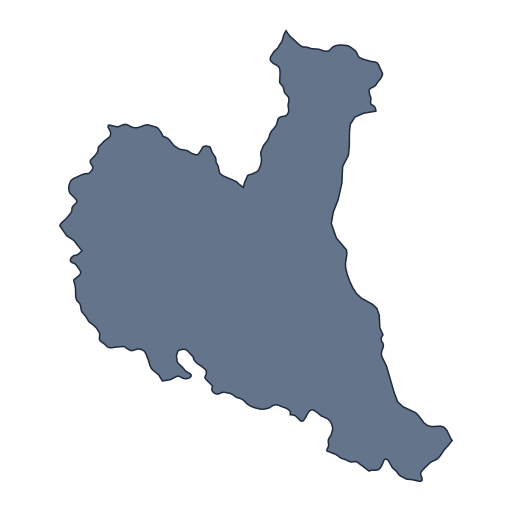 an SVG outline of Zajecarski
{"feature_id": "SRB-844", "entity_name": "Zajecarski", "entity_type": "District", "adm_level": 1, "iso_a3": "SRB", "parent_name": "Republic of Serbia", "parent_adm1": "", "projection": "albers", "projection_center": [22.117, 43.747], "detail": "fine", "context": "isolated", "style": "filled", "palette": "slate", "viewbox_px": 512, "rotation_deg": 0, "n_neighbors": 0, "source": "natural_earth", "source_scale": "10m", "svg_char_len": 5956}
<svg xmlns="http://www.w3.org/2000/svg" viewBox="0 0 512 512"><path d="M375.8,111.2L363.7,113.2L355.0,117.0L350.3,124.3L349.5,130.9L349.3,146.4L348.5,154.8L347.5,157.2L343.7,164.3L342.6,167.0L341.9,183.0L338.2,199.5L333.3,211.9L331.3,223.5L336.4,238.0L346.5,250.0L346.9,254.2L345.5,263.1L345.6,267.5L347.3,274.5L349.8,281.5L352.9,288.0L356.5,293.6L361.3,298.1L372.7,304.4L376.8,308.3L379.3,315.3L379.8,327.6L383.0,334.8L381.5,337.2L381.1,339.2L381.5,341.2L382.8,343.0L383.3,344.3L383.4,345.6L383.3,347.0L381.7,351.0L381.4,353.7L381.7,356.3L386.5,366.1L393.8,391.5L397.6,401.7L402.9,406.7L415.8,412.8L418.5,415.6L424.0,422.9L427.8,425.7L431.9,426.6L440.3,426.1L443.9,427.1L446.8,430.3L451.2,439.4L452.2,440.4L449.4,444.1L444.3,449.8L441.0,454.7L438.1,458.4L436.3,459.6L431.7,461.7L430.1,462.6L422.1,470.6L421.3,471.8L420.7,473.0L420.8,474.8L422.0,478.0L422.1,479.0L422.0,480.4L421.3,481.0L419.9,481.3L418.8,481.2L411.9,479.6L406.7,479.2L400.2,475.9L398.7,474.5L396.5,471.4L392.5,467.9L388.8,461.3L387.7,459.9L386.6,459.2L385.6,459.2L384.4,459.7L383.9,460.4L382.0,465.1L380.5,467.6L379.5,468.8L378.5,469.6L377.7,469.9L375.5,470.2L371.8,470.1L370.6,470.4L369.2,471.1L357.2,462.1L355.6,461.6L351.1,462.0L349.4,461.6L345.5,459.6L342.2,458.6L340.4,457.8L336.0,454.5L327.2,451.1L326.9,450.8L326.9,449.8L328.6,445.9L328.6,444.6L328.2,441.4L328.5,439.1L331.2,434.7L332.4,430.6L332.7,428.7L332.4,426.8L331.5,423.8L330.2,421.3L328.1,419.2L327.1,418.4L321.3,416.0L317.2,412.5L314.0,410.4L312.8,409.9L311.8,409.9L310.3,410.4L309.6,410.9L307.5,413.7L306.1,416.6L303.7,420.2L302.9,421.0L301.4,421.2L300.4,420.7L296.1,416.4L295.0,415.6L292.2,414.8L290.3,414.8L290.3,412.0L289.8,411.0L288.5,409.6L286.0,408.1L281.6,406.6L278.5,405.1L276.1,404.8L274.1,405.1L273.3,405.3L269.0,408.0L264.2,409.2L260.7,409.2L255.5,408.0L250.8,406.3L247.3,404.1L243.9,400.6L242.4,399.5L240.9,398.7L236.5,397.4L232.9,394.8L230.5,393.5L224.2,392.2L221.9,392.5L218.1,394.1L216.3,394.0L214.6,393.4L212.7,391.7L212.0,390.5L211.7,388.9L212.5,386.5L212.3,385.7L205.8,379.2L204.9,377.7L205.0,376.7L206.3,374.1L206.3,371.6L205.9,370.2L205.2,369.3L201.4,366.2L197.6,363.8L195.8,362.1L193.9,359.7L193.4,358.4L193.4,357.7L193.5,357.3L187.5,350.8L186.1,349.8L184.8,349.4L183.5,349.3L180.4,349.8L178.9,350.3L178.0,351.0L177.7,351.6L176.5,355.6L176.4,356.6L176.9,358.8L177.1,361.2L177.7,362.7L178.3,363.4L182.3,367.2L185.4,370.8L187.2,372.1L190.6,374.0L191.2,375.2L191.2,375.8L190.8,376.7L189.5,377.8L188.0,378.5L185.6,378.8L182.7,378.2L179.7,376.5L178.0,376.1L176.2,376.7L170.6,379.6L162.4,381.0L158.7,374.9L152.5,369.8L151.1,368.1L149.6,364.6L148.7,361.2L146.3,354.7L145.1,352.2L144.3,351.2L143.2,350.4L141.5,349.6L138.9,348.9L137.0,349.2L132.5,350.6L130.6,350.6L127.7,349.0L125.0,347.0L123.4,346.5L115.9,347.1L111.6,347.8L109.2,347.6L107.5,346.9L104.7,344.2L101.3,341.8L100.0,340.6L99.4,339.0L99.7,334.1L99.5,333.0L98.5,331.1L96.6,328.2L94.9,326.5L93.2,324.9L89.5,322.2L88.6,321.2L85.9,316.6L82.1,312.1L81.5,310.9L81.1,309.7L80.6,306.1L80.0,304.1L79.6,303.4L76.9,300.5L76.3,299.4L75.7,296.7L75.5,288.2L74.9,285.0L73.8,280.9L73.8,280.2L74.1,279.5L74.9,278.8L78.6,276.0L79.9,274.7L80.6,273.1L80.6,272.0L80.0,270.4L76.0,264.7L75.0,263.9L71.4,262.2L70.8,261.7L70.3,260.3L70.4,259.7L71.1,258.0L72.1,256.8L73.9,255.6L77.1,254.8L78.2,254.3L82.0,250.8L77.8,245.6L74.4,241.0L72.8,239.7L66.8,235.9L59.8,225.8L60.4,224.4L61.5,222.8L66.0,218.9L71.2,212.5L71.8,210.9L72.0,208.4L72.2,207.4L73.3,205.7L76.3,202.9L76.7,202.0L76.8,201.0L76.3,199.9L74.5,197.7L70.3,193.6L69.2,191.7L68.7,188.8L68.9,186.0L69.2,184.6L70.4,181.7L71.3,180.3L73.3,178.7L81.9,174.7L84.5,173.8L88.6,173.5L90.2,172.3L92.1,169.8L92.6,168.7L92.8,167.9L92.7,166.9L92.5,166.2L90.6,163.3L90.2,162.1L90.3,160.9L90.7,159.9L95.2,155.3L97.0,152.9L98.0,150.4L98.3,147.8L98.9,146.4L102.0,143.5L103.9,141.3L109.3,137.2L110.0,136.2L110.4,135.2L110.6,134.4L110.6,132.5L109.9,130.6L108.2,127.5L108.1,126.3L108.5,125.2L109.0,125.0L116.0,126.6L117.9,126.8L119.2,126.4L123.7,124.5L126.0,124.4L127.8,125.0L131.7,127.1L134.2,127.7L135.7,127.8L138.8,127.4L144.2,125.4L146.9,124.8L148.0,124.8L156.4,127.2L158.0,128.3L160.2,131.2L161.6,133.3L162.6,135.7L163.4,136.4L166.8,137.8L168.2,138.8L170.3,141.0L173.7,145.3L174.3,145.9L179.5,149.2L186.5,150.4L188.2,151.1L191.1,153.1L195.7,154.8L196.9,154.8L197.9,154.4L198.5,153.8L200.5,151.1L202.7,147.2L203.5,146.5L206.2,146.0L209.2,146.6L209.9,147.0L210.5,147.8L212.0,152.2L215.0,156.7L215.6,157.9L215.9,159.0L216.1,162.3L218.1,166.0L218.6,168.0L219.2,171.6L220.1,173.6L222.2,175.3L224.3,176.4L236.4,181.6L239.3,184.4L243.4,187.4L244.5,182.7L247.6,175.6L248.4,175.0L252.3,173.9L257.1,171.6L257.7,171.2L258.9,169.4L260.4,165.7L261.2,162.9L261.4,161.4L261.4,158.4L260.7,154.1L260.9,151.9L263.5,145.5L266.9,141.2L268.2,139.0L268.9,137.5L269.9,134.1L271.2,131.5L275.0,127.1L276.5,124.7L278.0,119.0L279.2,117.7L280.6,116.9L284.9,116.0L286.4,115.4L287.8,113.7L288.4,112.2L288.7,110.0L288.1,106.0L288.1,104.8L288.8,100.9L288.9,98.5L288.5,97.3L287.9,96.4L285.1,93.4L284.7,92.6L284.3,91.8L283.2,87.2L282.6,86.1L280.1,83.3L279.7,82.6L279.6,81.1L279.9,77.3L280.1,72.6L279.8,69.5L279.4,68.1L278.9,67.1L277.3,65.6L273.3,63.4L271.7,62.0L270.5,60.4L270.2,59.1L270.3,57.8L270.7,56.8L273.8,51.8L277.9,47.9L279.4,45.1L281.6,41.9L282.6,39.5L283.2,36.9L284.1,34.2L286.0,30.7L288.2,34.0L290.4,36.7L293.9,39.7L299.5,45.0L302.5,46.8L307.0,47.2L311.4,48.6L318.5,49.2L324.2,51.0L326.5,51.3L328.8,50.8L329.7,50.2L332.7,47.0L335.8,45.6L338.5,45.1L341.4,45.0L347.1,45.5L349.9,46.7L355.2,50.6L356.5,52.4L358.2,56.1L358.7,56.8L360.1,57.8L362.7,59.0L366.6,60.2L370.6,61.3L375.3,62.0L376.8,62.6L377.6,63.3L378.7,65.0L380.2,68.7L382.1,72.4L382.5,73.4L382.5,74.4L382.3,75.2L381.6,77.0L380.8,78.4L377.9,81.9L375.8,85.1L374.3,86.5L371.7,87.7L369.8,89.0L369.3,89.6L369.1,91.1L369.6,94.2L370.8,97.6L370.9,98.7L370.6,102.5L370.7,103.5L371.2,104.4L373.8,106.0L374.7,106.9L375.4,108.5L376.0,110.8L375.8,111.2Z" fill="#64748b" stroke="#1e293b" stroke-width="1.5"/></svg>